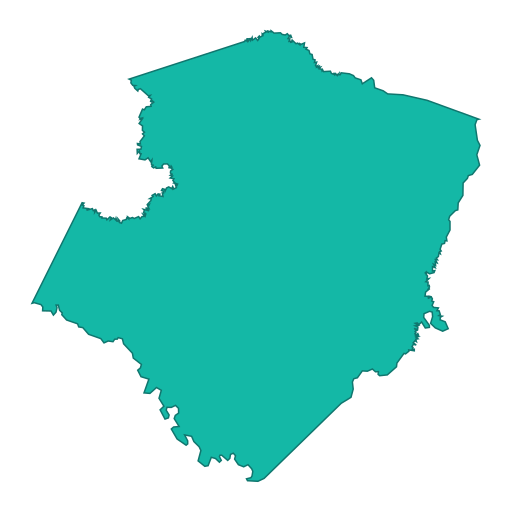 Miraflores, Guaviare, Colombia
{"feature_id": "7082276B64059951678143", "entity_name": "Miraflores", "entity_type": "district", "adm_level": 2, "iso_a3": "COL", "parent_name": "Colombia", "parent_adm1": "Guaviare", "projection": "albers", "projection_center": [-71.841, 1.327], "detail": "fine", "context": "isolated", "style": "filled", "palette": "teal", "viewbox_px": 512, "rotation_deg": 0, "n_neighbors": 0, "source": "geoboundaries", "source_scale": "gbopen_adm2", "svg_char_len": 5975}
<svg xmlns="http://www.w3.org/2000/svg" viewBox="0 0 512 512"><path d="M341.2,403.3L351.0,397.3L353.2,389.1L352.4,382.0L353.8,378.7L357.4,377.8L362.3,370.9L367.4,371.2L372.4,369.0L375.5,371.8L378.4,371.6L378.1,374.4L379.7,375.7L387.3,374.9L396.5,366.8L396.9,363.1L404.0,353.4L405.5,353.9L408.9,351.2L408.7,349.9L414.3,350.8L414.3,349.2L412.2,349.3L413.0,347.5L412.0,346.7L413.3,344.4L416.2,345.0L413.2,342.8L415.0,340.7L416.4,341.6L415.7,339.2L418.0,338.8L416.0,337.2L418.3,336.6L416.3,335.9L418.5,335.2L417.8,333.6L415.9,335.3L414.9,333.7L416.0,332.8L415.1,331.4L416.8,330.5L414.1,328.4L417.6,329.6L417.9,327.0L415.3,325.8L418.4,325.3L415.2,323.3L417.2,322.9L419.0,324.5L421.6,322.0L425.3,328.0L429.4,327.4L429.4,325.4L423.7,317.4L424.0,313.7L429.6,311.3L432.2,312.1L432.6,316.7L430.6,323.4L435.3,327.9L442.7,331.2L448.2,328.7L445.2,321.8L440.1,319.8L440.3,317.3L442.2,316.2L438.8,315.6L440.3,314.5L439.1,310.8L436.9,310.7L438.4,307.9L433.6,307.4L432.1,305.5L433.7,301.7L431.7,301.0L432.4,298.9L431.2,296.7L429.5,296.3L429.9,297.6L428.4,298.2L428.0,296.3L425.0,296.2L425.6,292.1L429.8,288.6L428.3,288.9L429.5,286.9L429.2,285.4L427.9,285.7L428.1,282.1L425.8,281.7L429.0,278.5L426.8,278.9L427.5,276.0L425.2,272.9L426.1,272.0L426.3,273.6L427.0,272.3L429.6,273.8L434.0,272.6L434.8,270.6L432.5,271.0L432.5,266.6L435.2,267.7L433.6,264.3L435.6,265.4L435.2,262.0L437.0,262.8L435.4,259.6L437.5,259.8L436.3,258.1L438.4,256.5L438.9,253.0L440.3,253.8L439.6,251.6L441.2,251.0L440.1,249.3L441.8,244.1L444.5,243.4L445.1,240.6L446.9,240.9L446.3,237.1L450.0,230.0L450.0,221.4L448.6,219.7L449.7,216.2L455.4,210.6L457.8,209.9L458.2,202.9L462.9,195.4L463.1,183.0L467.4,178.4L468.3,175.6L472.3,174.4L479.6,165.2L476.8,154.8L480.0,145.4L477.4,140.3L475.1,124.7L476.9,119.7L478.9,119.2L427.1,100.3L403.0,94.8L387.7,93.9L383.2,90.8L374.7,87.8L373.7,80.3L371.5,77.8L362.3,83.8L360.9,79.8L355.2,77.9L353.5,75.6L349.4,73.8L341.1,72.8L340.3,74.7L338.7,74.7L338.9,73.6L337.8,74.9L337.6,73.8L337.1,75.4L335.9,74.0L335.1,74.6L335.3,73.4L334.0,73.4L334.3,74.5L331.4,73.4L330.4,71.2L323.5,71.6L322.5,69.6L322.0,70.6L321.6,69.2L319.2,68.8L320.5,67.1L318.6,67.6L319.1,66.2L316.9,67.1L317.4,65.9L316.3,66.6L315.9,65.3L315.3,66.3L316.7,62.1L314.4,62.5L315.1,59.9L313.0,59.2L312.1,54.5L309.9,53.8L309.0,50.5L306.0,49.2L307.0,47.6L303.8,47.3L304.5,42.9L301.1,44.3L299.7,43.6L299.8,44.8L297.5,43.1L296.0,43.7L292.2,40.1L291.9,42.1L290.7,42.3L290.8,41.2L289.0,41.4L289.9,38.9L288.0,38.6L289.2,36.8L291.5,37.3L290.7,35.2L288.8,35.5L287.3,33.7L285.2,35.0L282.1,34.4L280.5,32.8L274.1,33.1L271.0,30.7L270.9,31.8L267.8,31.0L268.1,32.1L265.4,31.1L265.9,32.1L263.2,33.5L263.0,35.0L262.2,34.1L262.3,35.9L260.0,37.2L259.3,36.0L258.0,37.4L259.1,38.4L257.7,40.5L255.6,37.9L252.4,40.2L252.1,37.5L250.6,40.3L250.3,38.6L248.6,38.8L249.5,39.6L248.0,41.5L247.1,38.2L246.6,40.9L245.2,40.2L244.6,41.5L129.1,79.1L131.3,80.2L130.9,82.9L132.8,85.4L135.4,85.6L134.0,86.4L134.8,88.3L137.8,91.0L138.3,89.4L140.4,88.7L148.4,95.8L150.3,95.4L148.7,97.3L151.5,98.9L150.6,101.4L151.6,101.9L151.9,100.5L153.8,102.1L150.7,104.6L151.1,106.3L146.3,106.8L144.3,109.8L142.5,109.1L139.0,117.2L140.0,118.5L141.7,118.1L140.4,119.3L142.2,119.0L139.1,123.5L142.5,125.9L142.4,130.4L144.5,132.2L142.5,133.9L144.4,135.8L140.0,141.6L140.4,143.9L137.4,143.5L137.6,144.9L141.5,146.4L140.9,149.2L137.1,149.3L137.3,153.4L139.4,151.0L139.9,153.7L141.1,153.8L139.0,158.8L145.0,159.9L148.1,157.8L150.6,161.6L151.9,159.9L151.4,164.1L152.0,165.4L153.6,164.8L151.9,166.6L153.6,167.9L155.7,166.9L156.1,168.3L162.7,168.0L161.9,166.0L163.6,164.0L167.4,163.9L169.3,165.9L169.0,167.7L170.3,167.9L171.1,166.0L171.9,167.2L170.7,167.9L172.8,169.3L170.6,171.0L170.4,172.9L171.6,174.3L172.7,173.8L170.3,175.3L172.5,176.0L170.2,178.0L173.9,178.7L172.9,180.5L174.5,182.3L173.7,183.0L177.6,184.0L177.1,185.2L175.9,183.6L175.2,184.0L176.4,187.6L172.3,189.7L173.5,188.4L172.7,186.5L171.7,188.5L168.7,186.9L166.5,188.0L165.1,191.1L164.6,189.3L162.5,188.7L161.5,190.5L163.4,191.2L163.5,193.0L162.3,192.9L163.0,196.5L158.9,195.7L159.9,194.2L158.1,193.9L156.3,195.9L155.1,193.7L152.1,195.4L153.1,196.6L149.8,198.6L151.3,198.7L150.9,200.6L147.2,204.6L147.7,205.7L149.1,204.8L148.1,206.9L149.0,208.7L145.6,207.8L149.0,210.8L143.4,209.3L144.4,210.5L143.5,212.6L145.8,213.9L145.4,215.3L145.0,213.8L144.4,214.9L143.1,214.3L144.6,216.4L142.0,216.6L140.1,218.8L138.6,216.6L134.2,218.5L132.5,217.5L129.9,218.4L127.9,217.0L128.4,218.7L126.9,217.6L126.2,219.5L122.7,220.5L121.5,223.2L119.4,222.5L119.8,221.0L118.0,218.9L118.4,221.2L116.9,221.2L116.0,218.2L115.5,219.8L113.4,217.9L110.4,219.9L111.3,217.7L110.0,216.9L106.9,219.8L106.3,218.2L101.9,218.0L102.0,216.9L99.7,216.7L98.9,215.1L100.2,213.0L97.4,213.1L96.1,210.2L94.7,212.3L94.9,209.8L93.3,210.7L92.4,208.6L86.5,210.3L88.3,208.6L83.1,207.9L83.9,205.7L82.3,205.1L84.0,203.1L82.1,202.7L32.0,303.3L34.3,302.7L41.0,304.6L42.8,307.0L42.6,310.8L51.0,311.0L53.4,315.1L56.0,312.2L57.0,307.7L56.1,305.1L58.3,305.1L59.6,310.3L62.2,312.9L61.8,314.7L66.6,320.0L77.6,323.8L78.7,326.9L82.8,327.6L88.6,334.3L100.8,338.6L104.0,342.9L108.2,341.0L113.0,341.7L114.7,339.2L117.3,339.1L118.2,337.6L122.4,338.8L123.6,343.8L132.4,353.2L133.3,358.1L141.4,364.4L140.4,367.9L137.7,370.2L141.0,376.7L148.9,379.1L144.0,392.9L149.9,393.4L156.5,387.5L161.3,390.3L159.0,398.3L163.9,406.2L160.1,409.8L165.0,419.1L168.4,417.9L169.1,415.0L166.2,410.2L167.0,407.3L171.3,407.4L175.5,405.4L178.5,408.3L178.6,413.1L175.3,415.4L174.2,418.6L179.1,426.5L173.6,427.0L171.3,429.0L177.1,439.0L186.1,445.2L187.7,443.9L187.7,440.9L184.6,434.9L191.6,436.3L193.9,441.6L199.1,446.7L200.9,450.5L198.1,460.9L204.8,466.3L208.1,465.7L211.3,457.3L215.5,458.5L219.4,462.2L221.3,460.4L219.4,456.6L220.0,455.2L221.7,455.2L227.7,460.4L229.8,458.4L230.5,454.4L233.3,453.2L235.5,455.7L234.6,459.1L238.4,464.7L243.7,466.8L248.0,464.7L251.7,468.8L252.8,471.4L252.0,476.0L250.9,477.7L246.5,478.8L247.5,480.7L257.9,481.3L264.1,478.4L341.2,403.3Z" fill="#14b8a6" stroke="#0f766e" stroke-width="1.5"/></svg>